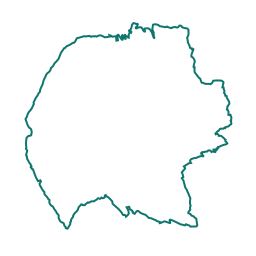 Pacureti, Prahova, Romania (Albers equal-area conic projection), rotated 265°
{"feature_id": "2599482B22577763197950", "entity_name": "Pacureti", "entity_type": "district", "adm_level": 2, "iso_a3": "ROU", "parent_name": "Romania", "parent_adm1": "Prahova", "projection": "albers", "projection_center": [26.139, 45.145], "detail": "fine", "context": "isolated", "style": "outline", "palette": "teal", "viewbox_px": 256, "rotation_deg": 265, "n_neighbors": 0, "source": "geoboundaries", "source_scale": "gbopen_adm2", "svg_char_len": 5798}
<svg xmlns="http://www.w3.org/2000/svg" viewBox="0 0 256 256"><g transform="rotate(265 128 128)"><path d="M167.7,217.1L165.5,215.7L164.5,214.2L164.8,213.5L165.3,208.6L166.4,206.9L166.7,205.4L167.3,205.1L170.8,204.2L171.9,203.0L177.7,199.3L178.7,199.2L182.7,199.6L182.7,198.8L183.4,198.6L186.9,199.7L187.7,200.1L189.0,200.4L191.6,199.4L192.9,198.5L193.4,197.5L194.2,197.3L196.0,197.8L200.6,200.0L200.9,199.9L200.8,198.6L201.8,198.5L201.9,197.6L202.4,196.8L204.1,196.6L208.4,195.0L209.3,195.2L212.9,194.8L213.9,195.6L216.6,196.6L219.2,196.6L220.0,196.9L221.2,196.4L221.9,195.8L222.7,192.8L223.1,191.9L223.9,190.5L224.9,190.1L225.3,189.6L225.5,188.2L224.2,186.9L223.8,186.2L224.0,184.9L224.5,183.8L224.4,181.0L223.8,180.4L223.8,179.2L225.0,176.8L225.1,176.3L225.7,175.6L225.1,174.3L226.7,168.5L227.9,167.2L228.8,165.2L229.0,163.4L228.7,162.0L224.7,160.9L223.5,161.0L221.0,161.9L217.8,161.7L215.7,162.1L215.4,161.9L215.6,161.5L221.5,160.0L222.7,159.2L223.9,158.8L224.6,158.1L225.4,157.1L225.6,156.3L225.7,153.7L225.5,153.3L224.9,152.7L223.2,153.5L222.6,153.2L222.7,152.6L223.0,152.2L226.5,150.5L227.3,149.6L227.3,147.7L227.0,146.3L226.5,145.3L226.6,144.6L227.0,144.4L227.6,144.6L228.7,146.0L230.5,146.8L231.0,146.2L230.9,145.2L231.7,143.9L232.0,142.6L230.6,141.1L227.3,140.0L225.6,138.9L225.0,138.8L223.4,139.7L222.7,139.4L223.0,139.0L225.1,138.3L225.2,137.9L225.0,137.5L222.4,138.0L221.5,137.1L220.2,136.7L217.9,136.7L218.1,136.0L219.0,135.6L219.6,134.3L220.9,133.4L221.0,133.0L220.4,132.6L218.1,133.6L217.1,133.4L217.1,132.9L219.9,131.1L220.6,130.9L221.0,130.4L220.6,130.0L220.2,129.9L217.4,130.6L216.5,130.3L216.4,129.8L217.1,129.2L221.7,126.5L221.7,126.0L221.4,125.5L220.7,125.3L216.2,125.6L216.0,124.1L220.5,124.1L220.3,120.3L221.2,119.4L222.1,117.6L220.7,117.9L220.3,113.0L222.7,109.0L222.6,106.7L221.8,104.7L222.3,103.7L222.2,102.1L222.5,101.2L222.1,99.1L222.2,98.8L222.7,98.5L223.1,97.4L222.9,93.2L223.3,92.4L222.1,86.4L222.1,85.3L220.9,84.2L218.6,82.8L217.5,81.4L217.6,80.3L216.3,78.1L215.2,75.3L214.9,74.1L213.2,72.2L213.2,71.5L209.0,67.9L202.8,64.8L200.1,62.0L199.0,60.6L196.0,58.5L194.6,56.6L192.7,55.8L191.2,54.8L189.6,52.5L188.8,51.6L182.8,48.1L178.7,46.6L174.4,44.1L171.6,43.3L170.2,41.8L168.4,40.8L165.5,38.4L161.5,36.1L160.1,36.3L157.9,34.9L156.3,34.2L155.9,33.6L154.8,32.9L152.3,30.4L149.9,28.9L148.1,28.3L145.9,26.7L139.8,28.2L137.1,29.4L136.0,30.8L135.3,31.3L132.6,31.8L129.2,30.9L128.9,30.2L128.8,28.3L128.6,27.9L127.3,26.3L126.3,25.9L121.8,25.0L117.4,25.0L116.1,24.5L114.7,25.5L114.0,25.6L110.0,24.1L109.5,24.2L109.2,24.6L106.0,24.9L101.1,27.1L100.8,27.6L99.0,28.1L98.7,28.0L98.4,28.4L98.1,28.3L97.9,28.5L97.4,28.4L97.8,28.2L97.5,27.8L97.1,28.2L96.7,28.2L95.7,28.7L95.2,29.3L95.2,29.7L87.0,31.9L83.4,33.5L82.9,33.7L83.5,36.2L82.2,36.6L80.3,35.0L78.8,35.2L73.5,37.6L71.5,39.1L70.0,38.9L68.6,39.5L66.1,41.5L63.8,42.6L63.4,43.4L62.3,43.5L60.8,43.1L59.0,43.6L57.2,45.0L56.1,46.5L54.1,47.2L50.9,49.2L49.3,49.6L48.4,50.6L47.2,51.2L46.5,51.4L44.5,51.0L41.4,52.1L40.0,53.4L39.3,54.9L38.7,55.6L36.1,56.2L34.6,57.3L33.7,57.3L33.4,57.7L33.0,58.9L35.0,60.5L37.5,62.2L39.2,62.2L39.8,63.0L41.5,63.3L43.0,64.3L44.2,65.5L45.7,65.8L46.9,66.9L47.7,67.3L49.2,69.4L51.1,71.0L53.3,71.9L55.9,74.7L56.0,75.3L55.2,76.1L54.9,77.8L55.2,78.7L56.0,79.2L56.9,81.1L57.4,81.6L57.0,82.7L58.1,85.1L58.0,87.8L59.6,90.8L60.3,91.5L60.6,92.1L60.6,92.5L59.9,93.6L60.1,94.6L61.0,95.4L60.3,96.6L60.3,97.6L61.0,98.7L62.8,99.1L63.1,100.0L61.9,100.1L61.4,101.4L60.5,102.5L56.8,105.6L55.7,106.0L53.8,106.1L47.9,111.7L44.6,114.1L42.0,115.4L41.7,115.8L41.7,117.3L41.0,117.9L39.8,118.3L41.6,120.5L43.0,121.4L46.3,121.0L49.1,119.7L49.4,122.2L48.4,122.6L47.1,122.7L45.3,125.0L44.7,125.0L44.3,125.5L43.2,125.4L42.0,126.9L41.9,127.1L44.1,129.1L44.5,130.0L44.4,130.8L43.8,131.7L42.5,132.9L41.1,135.3L39.9,138.0L36.7,140.8L36.2,142.7L34.0,147.2L32.8,148.7L31.7,151.3L30.4,151.3L30.4,151.7L31.0,152.3L30.7,152.7L31.7,155.6L31.8,156.5L29.7,161.3L29.7,161.6L30.2,161.9L32.6,161.4L32.9,161.7L33.0,162.1L31.9,164.6L27.4,172.1L26.9,174.0L26.3,175.1L26.1,176.6L26.9,177.0L26.9,177.9L26.3,178.7L25.5,180.7L24.3,181.7L24.0,187.4L24.1,187.8L24.9,188.5L31.7,188.1L32.8,186.8L34.3,185.6L35.3,183.5L36.7,182.8L37.7,181.0L38.2,180.6L38.9,180.8L41.2,182.9L43.2,182.8L45.1,183.6L46.9,183.2L49.5,183.3L52.5,184.0L61.4,181.1L63.9,179.8L70.8,178.7L73.4,177.2L74.2,178.8L77.1,178.4L79.1,177.7L82.7,181.4L83.2,181.4L84.9,180.3L87.6,185.7L87.7,187.7L89.0,187.1L90.0,187.0L90.3,187.1L91.4,188.1L92.2,190.9L92.3,193.4L93.5,197.1L93.6,198.2L93.3,200.5L93.7,200.6L94.9,199.7L95.8,199.6L96.0,198.7L97.0,198.9L97.3,199.3L97.5,201.5L97.4,202.2L97.7,203.0L97.7,204.9L98.5,205.8L98.7,206.9L98.3,208.0L97.6,208.9L96.8,209.1L97.4,210.4L96.9,211.1L96.8,211.9L96.4,212.7L96.8,213.2L97.3,213.2L99.0,211.8L99.0,213.0L98.5,214.5L99.5,215.4L100.1,214.9L100.5,215.6L101.2,216.0L101.1,216.3L100.7,216.2L100.7,216.5L101.2,216.7L101.8,218.2L102.6,220.9L103.4,224.9L104.2,225.6L106.7,223.8L107.5,223.8L107.9,224.1L108.4,223.4L109.5,222.6L112.0,220.2L112.3,217.6L113.2,217.6L114.3,216.7L114.4,215.1L114.2,214.9L114.7,214.6L115.2,214.9L115.7,215.8L116.5,216.4L117.2,217.4L117.4,218.2L118.9,219.3L119.3,220.8L119.0,221.9L119.1,223.1L119.5,223.5L119.3,224.7L119.5,224.9L120.0,224.7L120.3,224.9L120.9,228.3L122.4,230.0L122.7,231.0L123.3,231.4L126.1,230.9L126.2,231.4L127.9,231.5L128.7,231.9L130.4,231.7L131.1,231.3L132.2,231.3L132.3,231.2L132.1,230.1L132.4,229.1L135.3,229.6L137.2,229.0L137.3,228.5L138.1,228.1L140.4,229.1L140.9,228.9L142.6,230.6L143.5,231.1L145.3,231.0L149.8,229.0L151.2,229.1L151.6,228.5L151.7,227.7L153.3,227.6L154.6,226.7L155.6,227.2L157.1,227.2L158.0,226.8L160.1,226.7L160.3,225.6L161.2,226.0L162.3,226.1L162.9,226.5L163.9,226.6L164.3,227.0L165.5,227.0L166.7,225.8L167.1,225.1L167.6,221.2L167.7,217.1Z" fill="none" stroke="#0f766e" stroke-width="2"/></g></svg>